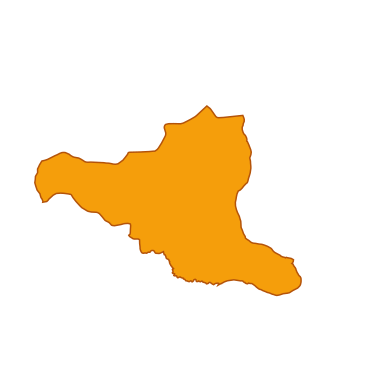 outline of Sanasomboon, Champasak, Laos, rotated 214°
{"feature_id": "54806243B13253322740036", "entity_name": "Sanasomboon", "entity_type": "district", "adm_level": 2, "iso_a3": "LAO", "parent_name": "Laos", "parent_adm1": "Champasak", "projection": "mercator", "projection_center": [105.689, 15.318], "detail": "fine", "context": "isolated", "style": "filled", "palette": "amber", "viewbox_px": 384, "rotation_deg": 214, "n_neighbors": 0, "source": "geoboundaries", "source_scale": "gbopen_adm2", "svg_char_len": 6012}
<svg xmlns="http://www.w3.org/2000/svg" viewBox="0 0 384 384"><g transform="rotate(214 192 192)"><path d="M333.8,133.7L333.6,129.4L333.2,127.0L332.9,124.7L330.8,121.7L330.5,117.4L328.8,114.5L327.5,111.8L324.9,109.6L321.5,107.0L317.1,105.5L315.3,103.9L314.0,102.9L312.0,102.1L310.2,100.7L310.0,100.1L307.1,102.9L306.7,104.8L306.7,106.0L305.3,111.8L303.7,114.9L300.3,117.6L297.4,119.3L293.6,121.2L291.2,122.2L290.5,122.2L287.5,120.8L283.0,119.3L277.3,117.9L274.6,117.4L268.5,117.7L267.3,117.9L264.3,119.1L260.0,121.7L258.6,122.2L256.7,122.3L252.5,121.2L248.4,119.9L247.1,119.9L245.1,120.2L243.4,120.3L240.2,119.5L238.9,119.9L237.4,120.7L232.6,125.4L231.3,127.0L230.1,128.2L227.8,130.0L226.5,130.6L225.2,131.0L224.2,130.0L223.5,128.9L222.3,126.8L220.6,124.1L220.1,123.1L219.9,122.5L219.8,122.2L219.9,121.8L220.2,121.2L220.2,120.7L218.7,120.2L214.6,120.3L213.3,120.9L211.6,122.1L210.2,123.0L209.2,123.1L208.8,123.1L206.5,119.9L205.0,118.2L204.1,117.1L203.5,116.2L202.4,115.1L200.7,114.0L199.7,113.6L198.8,113.7L197.9,114.1L196.9,115.2L195.5,115.8L195.1,116.4L194.8,117.3L194.6,117.6L194.4,117.8L193.8,118.1L193.4,118.4L193.2,118.7L193.1,118.9L193.2,119.7L192.9,120.7L192.3,121.3L191.5,121.8L191.0,121.9L190.6,121.9L188.8,121.1L188.1,120.9L187.3,121.2L186.5,121.7L184.9,122.6L184.1,123.6L182.3,126.6L181.5,125.7L180.9,125.3L180.3,124.7L179.9,124.5L179.5,124.8L179.1,124.8L178.7,124.6L177.8,124.0L176.4,122.8L175.8,122.6L175.2,122.7L174.8,122.7L174.3,122.9L173.3,122.8L173.1,122.6L172.8,122.5L172.6,122.4L172.5,122.1L172.4,122.0L171.7,121.9L171.5,121.7L171.4,121.3L171.2,121.0L171.0,120.7L170.0,120.2L169.6,119.8L169.0,119.7L168.3,119.1L167.7,119.1L167.2,119.0L166.4,118.5L165.7,118.3L164.6,118.3L164.4,118.2L164.4,117.9L164.5,117.8L164.8,117.4L164.9,117.2L164.9,116.9L164.9,116.7L164.6,116.5L163.8,116.0L163.4,115.7L163.0,114.8L163.0,114.6L163.2,114.4L163.2,114.2L162.9,113.9L162.2,113.8L161.8,114.1L161.4,114.2L161.0,114.4L160.7,114.5L160.4,114.1L160.4,113.6L160.5,113.1L160.5,112.8L160.4,112.6L160.2,112.6L159.9,112.8L159.4,112.8L159.2,112.9L158.5,113.6L157.9,113.8L157.7,113.8L157.1,113.3L156.5,113.0L156.4,112.9L156.2,112.9L155.9,112.9L155.7,113.0L154.8,114.5L154.3,114.9L154.2,115.0L153.7,115.0L153.6,114.9L152.9,115.0L152.2,115.2L150.9,115.7L150.6,115.3L150.5,115.2L150.0,115.2L149.4,115.5L148.9,115.5L147.8,115.0L147.3,115.0L147.1,115.1L146.4,115.5L146.1,115.6L145.1,115.7L144.5,116.0L144.1,116.2L143.9,116.4L143.6,117.3L143.4,117.7L142.9,117.8L142.3,117.8L141.8,117.5L141.5,117.7L141.4,117.9L141.4,118.3L141.1,118.9L141.1,119.2L141.4,120.1L140.7,121.3L140.2,121.5L139.7,121.5L139.4,121.2L138.9,120.7L138.5,120.4L138.2,120.4L137.9,120.4L137.3,120.9L137.0,121.1L136.9,121.3L136.9,121.7L136.7,122.0L135.7,122.0L135.3,122.1L134.7,122.4L134.5,122.8L134.4,123.2L134.2,123.3L134.0,123.6L133.7,123.7L133.2,123.8L132.6,123.4L132.2,123.4L132.0,123.5L131.6,123.8L131.3,123.9L130.6,124.0L130.3,124.1L129.9,124.3L129.6,124.3L129.1,124.0L128.8,124.0L128.5,124.0L128.2,124.3L127.5,125.2L127.4,125.5L127.4,126.0L127.3,126.3L127.0,126.7L126.7,127.1L126.4,127.2L126.1,127.2L124.8,127.1L123.4,127.1L122.2,127.3L121.9,128.2L121.6,129.0L120.8,129.9L120.1,130.5L119.3,131.0L118.9,131.1L118.7,131.1L118.5,130.7L118.3,129.3L117.8,130.4L116.6,132.4L116.2,132.7L116.2,133.1L116.1,133.3L115.8,133.8L115.6,134.1L115.6,134.3L115.2,134.9L114.9,135.7L114.4,136.2L114.2,136.6L112.9,138.3L108.2,142.6L101.6,145.7L101.4,146.0L101.0,146.3L99.9,146.6L99.5,146.4L98.7,146.3L98.0,146.3L97.6,146.6L97.2,146.4L96.7,146.3L96.0,146.4L94.8,146.8L94.4,147.3L94.3,148.0L92.8,148.6L91.1,149.6L89.3,149.6L87.0,149.5L85.5,149.2L82.5,149.0L81.0,149.3L80.2,149.7L78.4,149.8L74.9,150.6L73.5,150.8L71.4,151.6L68.1,152.2L67.3,152.6L66.3,152.8L65.0,153.2L63.8,153.7L61.8,155.7L59.5,158.7L56.4,161.4L54.9,163.0L53.2,166.9L50.7,171.4L50.2,174.0L50.2,175.1L50.4,176.2L51.3,178.4L52.4,180.1L53.5,181.5L54.9,182.3L56.3,182.5L57.5,182.9L57.9,183.2L60.1,184.2L62.4,185.8L62.9,186.3L64.0,186.9L66.1,187.6L68.1,188.7L69.2,188.6L69.0,189.5L69.1,190.1L69.2,191.0L70.0,192.6L71.5,192.5L72.6,192.4L76.1,190.9L77.4,190.5L77.7,189.7L77.8,189.7L78.9,189.5L80.8,188.8L81.8,188.7L82.2,188.5L82.8,188.7L83.5,188.8L89.0,188.2L89.8,188.2L90.9,188.3L91.9,188.5L93.0,188.9L93.7,189.2L95.1,189.5L99.0,189.2L102.1,188.5L104.8,187.7L105.9,187.1L107.4,186.3L110.5,185.0L112.3,184.0L113.7,183.5L115.4,183.3L116.8,183.5L117.8,183.6L120.2,183.5L121.5,183.6L122.1,183.8L122.6,184.4L123.1,184.9L125.5,186.0L126.2,186.4L129.0,188.5L130.6,189.5L131.5,190.1L133.6,192.9L135.3,195.1L137.1,196.5L139.2,198.3L142.8,200.4L145.3,202.2L148.1,204.7L150.3,207.7L151.5,210.7L152.5,212.8L153.6,215.6L154.2,218.6L153.1,220.7L152.6,223.3L152.4,226.1L151.9,229.0L151.4,230.7L151.8,232.3L152.8,235.0L153.7,238.1L154.5,240.5L156.5,244.6L157.7,246.3L159.4,248.4L160.9,250.4L163.2,252.5L163.6,254.3L164.1,256.0L165.2,258.2L167.0,259.9L171.3,262.9L174.2,264.7L174.9,264.7L175.2,264.9L175.5,265.7L176.1,266.5L177.2,267.5L179.5,268.8L180.5,268.9L181.5,269.2L183.0,270.0L183.4,270.3L183.7,270.6L184.9,271.5L185.6,272.3L186.6,273.8L186.9,275.7L187.7,277.3L188.2,279.7L189.3,281.4L190.6,282.5L192.7,283.9L207.7,271.3L211.7,268.3L212.5,268.0L213.1,267.8L213.9,267.8L214.8,268.0L222.6,271.0L223.7,271.3L227.8,271.6L230.9,258.2L231.5,256.2L233.6,251.8L235.7,247.9L237.8,244.2L239.6,242.2L241.7,240.8L245.6,238.3L249.6,235.5L250.7,234.3L251.6,233.3L251.8,232.2L251.6,231.0L250.9,229.7L246.9,226.4L246.1,225.3L245.5,223.8L244.6,215.8L244.4,209.7L244.6,207.8L245.1,206.4L245.7,205.0L246.4,204.6L250.2,201.5L257.3,196.2L266.3,189.8L266.8,188.9L266.5,187.2L266.7,183.4L267.1,179.3L267.7,178.1L268.0,176.9L268.6,175.5L269.0,174.2L269.9,173.2L271.1,172.1L272.9,171.1L275.0,170.3L277.0,169.4L279.5,167.9L281.6,166.9L292.6,160.2L295.0,158.4L296.5,157.6L297.9,157.2L300.1,157.2L302.5,157.1L304.9,156.8L309.0,155.0L310.4,154.6L312.9,154.4L314.8,154.6L317.2,154.2L319.2,153.8L320.7,152.9L321.9,151.9L323.2,150.1L324.6,147.5L325.9,145.5L330.0,138.2L331.6,136.1L333.8,133.7Z" fill="#f59e0b" stroke="#b45309" stroke-width="1.5"/></g></svg>